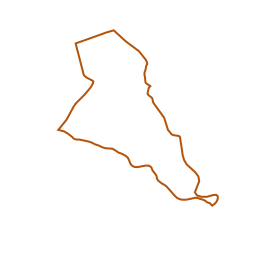 the District of Dedza, rotated 254°
{"feature_id": "MWI-1907", "entity_name": "Dedza", "entity_type": "District", "adm_level": 1, "iso_a3": "MWI", "parent_name": "Malawi", "parent_adm1": "", "projection": "mercator", "projection_center": [34.115, -14.229], "detail": "fine", "context": "isolated", "style": "outline", "palette": "amber", "viewbox_px": 256, "rotation_deg": 254, "n_neighbors": 0, "source": "natural_earth", "source_scale": "10m", "svg_char_len": 1529}
<svg xmlns="http://www.w3.org/2000/svg" viewBox="0 0 256 256"><g transform="rotate(254 128 128)"><path d="M37.8,195.5L34.8,194.6L32.7,192.7L31.2,190.4L30.2,187.5L33.2,185.9L34.8,183.5L36.5,182.4L38.0,180.9L41.9,174.9L42.4,173.0L42.9,165.2L43.5,162.4L44.3,159.9L45.6,157.8L47.1,156.0L49.4,154.6L61.4,148.8L63.3,147.3L65.4,145.2L69.1,142.5L71.2,141.9L74.3,142.2L75.9,141.7L80.1,140.0L81.7,139.7L83.4,139.7L84.7,139.0L86.2,137.5L87.0,134.5L87.8,126.3L88.6,123.8L90.0,122.0L92.5,120.6L99.1,119.8L100.9,118.8L103.0,117.0L105.1,114.8L107.1,112.0L109.7,109.9L112.4,107.3L114.2,102.2L115.2,100.0L116.7,97.8L119.3,94.9L121.4,91.8L123.9,89.2L125.5,87.0L130.3,78.1L130.9,75.9L131.7,74.2L132.6,73.0L134.7,71.9L139.1,68.7L142.3,65.7L145.4,60.5L153.0,71.3L163.6,81.7L166.0,84.6L171.8,95.1L177.3,103.3L180.1,106.2L182.2,107.5L182.9,107.2L183.8,106.4L187.5,102.5L188.6,101.6L189.5,100.9L190.2,100.5L191.5,100.1L223.7,101.0L225.8,133.7L225.8,141.2L211.8,149.8L198.8,159.7L188.9,163.8L186.2,164.4L184.4,164.2L182.4,162.4L179.5,161.1L178.3,160.3L177.3,159.5L176.1,158.9L174.6,158.5L171.9,158.3L167.9,157.5L166.9,157.5L166.1,157.7L164.3,159.1L164.2,159.2L162.1,161.0L160.7,158.9L155.8,156.3L154.3,156.5L153.0,157.4L151.7,158.4L150.4,159.3L149.0,159.5L146.3,159.2L145.0,159.4L127.8,165.6L115.2,165.9L109.7,168.3L108.4,170.1L106.4,174.6L105.0,175.5L86.8,173.1L81.8,173.1L77.0,174.3L67.0,180.4L62.0,182.3L57.2,181.8L47.8,174.6L44.2,175.7L41.6,179.7L40.1,184.9L40.1,191.1L39.5,194.3L37.8,195.5Z" fill="none" stroke="#b45309" stroke-width="2"/></g></svg>